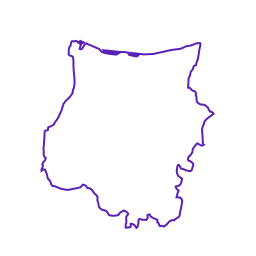 an SVG outline of Ivory Coast, rotated 192°
{"feature_id": "CIV", "entity_name": "Ivory Coast", "entity_type": "country or territory", "adm_level": 0, "iso_a3": "CIV", "parent_name": "Africa", "parent_adm1": "", "projection": "natural_earth1", "projection_center": [-5.78, 7.538], "detail": "fine", "context": "isolated", "style": "outline", "palette": "violet", "viewbox_px": 256, "rotation_deg": 192, "n_neighbors": 0, "source": "natural_earth", "source_scale": "50m", "svg_char_len": 3417}
<svg xmlns="http://www.w3.org/2000/svg" viewBox="0 0 256 256"><g transform="rotate(192 128 128)"><path d="M63.6,47.3L64.4,47.3L66.5,46.6L68.3,45.0L70.0,41.8L72.4,39.1L75.0,39.3L75.8,38.9L76.7,38.8L77.8,40.5L78.9,41.8L79.7,41.8L80.2,44.3L85.0,45.3L87.1,46.0L88.8,47.8L89.4,47.9L90.1,47.5L90.7,46.9L90.8,46.2L90.0,44.5L90.4,43.1L91.1,41.8L92.4,41.7L94.2,41.3L96.4,41.3L97.9,41.5L98.6,40.2L98.0,36.5L98.1,34.5L98.4,32.8L99.0,32.1L101.3,34.2L103.5,35.0L105.1,35.1L105.5,34.7L104.8,32.3L105.0,31.6L105.6,31.2L106.6,31.0L109.4,30.0L109.7,30.2L110.2,33.9L109.9,35.1L110.5,37.6L111.2,40.0L111.2,40.9L110.6,42.4L109.9,43.7L110.0,44.2L111.1,45.2L113.2,46.1L115.3,46.3L116.6,44.9L117.8,43.8L118.7,42.8L119.0,41.4L120.4,40.3L124.3,39.0L128.0,38.8L128.9,39.2L130.5,41.2L132.6,42.6L135.8,42.5L138.1,43.3L140.1,44.9L141.4,48.3L142.9,50.9L143.5,54.4L145.8,56.3L147.6,57.2L150.1,59.8L152.6,61.1L155.2,60.8L156.5,62.2L158.4,63.1L160.4,63.2L162.1,60.2L164.4,59.0L170.1,56.6L172.4,55.5L174.7,54.8L180.2,54.6L185.4,55.4L187.9,55.9L189.7,55.5L191.3,56.9L193.1,59.9L194.5,60.9L195.9,61.9L197.0,64.3L198.2,66.6L198.9,67.6L200.5,70.0L201.8,70.0L203.1,69.0L203.7,68.3L203.9,69.8L203.4,72.2L203.5,73.8L204.2,74.4L203.9,76.3L202.3,79.7L202.3,81.7L203.8,82.3L204.9,84.4L205.6,88.0L206.2,89.2L206.3,89.9L207.4,98.7L208.8,107.4L207.9,108.5L206.7,108.9L206.0,109.3L205.8,110.1L206.3,111.3L205.9,112.4L204.5,113.1L201.3,115.9L201.1,117.0L200.2,119.4L199.5,120.8L198.5,123.5L196.8,130.6L196.2,136.5L196.1,138.3L195.5,139.5L194.7,141.3L191.3,146.4L189.5,150.5L189.7,152.3L189.8,154.1L189.3,155.4L189.4,158.8L189.8,161.8L190.5,164.6L193.0,172.7L194.3,177.6L195.1,181.5L195.9,184.2L196.5,185.3L196.8,186.3L200.6,187.0L201.3,187.6L202.3,192.8L202.1,195.1L201.4,196.0L201.4,197.9L201.3,200.4L200.7,201.3L198.6,201.5L197.2,202.4L195.3,202.0L195.1,201.4L194.1,201.2L191.4,199.8L191.8,195.3L190.5,195.2L189.5,195.7L187.6,201.1L186.6,202.0L172.7,199.3L169.7,197.0L166.1,196.5L159.8,196.8L154.6,197.4L153.1,198.8L166.2,198.0L167.7,198.2L168.3,199.0L151.8,200.7L145.4,201.8L143.6,201.5L142.1,199.8L135.3,199.6L133.9,200.1L133.0,201.4L135.7,201.1L140.0,201.1L141.1,202.0L127.8,203.3L118.5,205.7L114.6,207.5L101.7,213.4L93.8,216.1L91.8,217.2L88.2,220.0L83.6,221.8L78.4,225.2L75.2,226.0L74.5,224.9L74.5,219.2L74.0,211.5L74.2,208.6L74.6,205.9L74.6,203.6L76.2,202.7L76.6,201.8L76.8,198.8L78.3,196.1L78.3,191.4L78.8,190.4L79.1,189.1L78.5,186.0L77.7,180.2L77.3,179.8L76.9,180.1L76.1,180.2L72.9,178.1L70.4,177.8L68.6,176.1L68.5,174.1L67.6,173.0L67.0,170.7L66.2,168.1L63.7,166.5L61.4,166.1L59.7,166.5L57.8,166.4L55.6,165.5L54.1,164.5L52.6,162.6L51.3,161.1L50.2,161.3L48.9,160.9L47.6,160.2L47.2,159.7L52.6,153.6L54.4,150.7L54.6,148.9L54.6,147.0L55.2,145.2L55.4,142.3L52.4,131.9L51.7,128.7L50.9,127.7L50.4,127.4L51.9,126.1L53.9,126.4L57.1,127.4L57.8,126.4L60.2,121.2L60.2,119.2L59.9,117.9L61.3,114.3L62.4,112.9L63.0,111.4L62.8,109.4L62.0,108.6L60.9,108.7L59.6,108.2L57.5,107.1L56.5,106.0L56.8,101.3L57.0,99.8L57.7,99.0L58.9,98.7L62.0,98.6L64.5,99.1L66.8,99.4L68.0,99.4L68.9,100.8L70.2,102.3L71.3,102.3L71.7,101.2L71.5,96.5L70.7,94.0L69.0,91.7L64.6,89.6L64.5,86.8L65.0,83.7L65.9,82.5L69.2,80.6L68.6,79.5L67.6,78.4L65.5,77.3L66.0,73.6L66.1,70.3L64.3,70.6L62.5,70.8L61.0,69.8L59.7,67.8L59.5,62.3L59.5,55.9L59.3,53.1L59.8,51.6L61.3,50.2L63.0,48.4L63.6,47.3ZM193.5,202.1L192.8,203.3L189.3,202.5L190.1,201.5L193.5,202.1Z" fill="none" stroke="#5b21b6" stroke-width="2"/></g></svg>